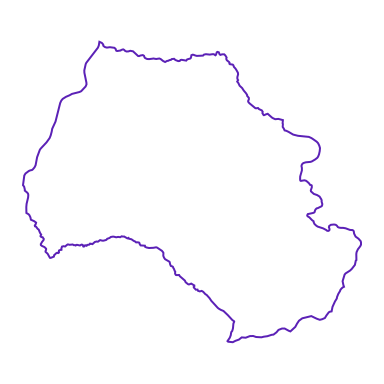 Rivera, Huila, Colombia
{"feature_id": "7082276B82824229693572", "entity_name": "Rivera", "entity_type": "district", "adm_level": 2, "iso_a3": "COL", "parent_name": "Colombia", "parent_adm1": "Huila", "projection": "orthographic", "projection_center": [-75.265, 2.78], "detail": "fine", "context": "isolated", "style": "outline", "palette": "violet", "viewbox_px": 384, "rotation_deg": 0, "n_neighbors": 0, "source": "geoboundaries", "source_scale": "gbopen_adm2", "svg_char_len": 5880}
<svg xmlns="http://www.w3.org/2000/svg" viewBox="0 0 384 384"><path d="M99.4,41.8L98.8,45.5L97.9,47.7L86.3,62.8L85.7,64.1L84.3,70.4L84.4,72.8L86.4,82.6L86.5,84.4L85.6,86.5L81.2,91.2L79.5,92.0L72.0,93.9L69.5,95.3L66.0,96.8L62.7,98.9L61.3,100.6L60.2,103.0L55.5,121.6L52.2,128.8L51.7,131.6L50.7,135.4L49.6,138.1L46.5,142.4L40.6,148.7L39.8,149.9L37.1,157.2L35.6,165.2L34.5,167.4L32.8,169.4L32.0,170.0L30.2,170.4L28.8,171.0L25.5,173.5L24.3,175.5L23.0,185.2L24.1,186.6L24.8,189.4L24.8,190.6L27.2,192.6L28.0,193.6L28.3,195.0L28.1,197.5L26.6,203.8L26.3,207.0L26.4,213.0L28.5,214.2L29.4,215.2L30.4,217.3L30.9,219.7L34.2,221.2L36.1,222.6L35.8,223.9L34.8,225.5L35.0,226.3L36.1,226.7L37.6,228.8L38.7,229.6L40.0,232.8L41.2,234.7L40.6,235.7L40.5,236.2L41.4,237.1L42.6,237.2L43.8,239.0L43.4,240.3L42.2,241.7L40.8,244.1L40.9,245.1L41.9,245.9L44.5,247.1L46.1,248.7L46.1,249.7L45.5,251.2L45.6,251.9L47.6,253.7L49.9,257.8L50.7,257.9L53.9,256.6L54.1,255.2L54.9,254.6L55.7,253.6L57.1,252.8L58.1,253.1L58.6,252.9L59.0,252.3L58.8,251.7L59.0,250.5L60.6,249.8L61.3,249.9L61.5,249.8L61.4,248.4L62.0,246.6L63.5,246.2L65.1,246.5L67.1,244.8L67.9,244.4L69.6,244.8L72.7,244.5L73.9,245.2L75.0,245.1L75.7,245.5L76.3,245.0L76.9,244.8L80.0,245.5L81.1,244.8L81.8,244.6L82.6,244.9L83.3,246.5L83.8,246.6L84.2,246.4L84.5,245.5L85.7,245.3L86.2,245.8L86.6,245.8L87.3,244.9L89.1,244.7L90.1,243.6L91.0,244.0L91.8,243.8L92.5,244.1L94.8,242.0L96.6,241.5L97.9,241.7L100.1,240.1L102.4,240.7L103.4,240.7L106.0,240.0L106.5,239.7L107.2,238.8L109.5,238.0L110.8,237.0L112.4,236.7L113.9,236.7L116.2,237.3L118.1,236.9L120.2,237.2L121.7,236.3L123.0,236.6L124.1,236.5L127.4,238.4L128.5,237.9L128.9,238.7L131.5,239.3L133.6,240.8L135.3,241.6L136.1,242.4L137.8,242.3L139.1,242.6L139.4,243.0L139.8,244.3L140.6,245.4L144.9,245.7L145.2,246.9L146.6,247.5L149.0,248.0L153.4,247.8L156.1,247.3L157.1,247.6L161.9,250.8L163.1,252.3L163.4,252.9L163.3,255.8L164.0,257.6L165.1,259.2L169.4,261.7L169.7,262.2L170.1,264.2L170.8,265.9L172.5,266.5L173.0,267.0L173.4,268.1L174.1,269.2L174.6,270.8L175.2,271.5L175.1,273.7L175.8,274.9L176.3,275.1L179.1,275.0L179.8,276.2L184.9,280.6L185.6,282.2L187.9,284.1L188.6,284.4L189.2,284.4L191.2,283.6L194.0,285.3L194.3,285.4L194.4,286.1L193.7,286.9L193.8,287.5L195.9,289.7L197.5,289.6L198.0,290.8L199.8,291.4L201.7,290.9L203.2,291.8L205.4,294.2L206.6,294.9L209.5,298.1L211.3,300.8L217.7,307.8L218.7,308.6L220.7,309.8L223.5,311.0L227.9,315.2L232.3,320.0L234.1,321.3L234.2,321.7L233.4,323.6L233.0,328.0L232.8,329.0L232.2,331.0L231.4,331.9L231.0,333.3L230.8,335.1L229.8,337.7L227.5,341.1L228.1,341.7L232.8,342.2L235.5,340.8L238.9,339.6L241.7,337.4L245.7,337.7L249.9,336.1L253.2,336.0L256.1,337.0L261.5,337.3L263.8,336.7L267.4,336.2L271.7,334.8L273.5,334.6L276.5,332.3L278.5,329.9L282.1,328.5L284.6,328.5L288.8,330.8L290.4,331.4L295.3,326.9L297.0,323.7L299.0,320.7L302.3,318.3L311.3,316.1L316.7,318.7L319.8,319.8L322.2,319.2L324.9,318.0L326.4,315.5L328.8,312.3L329.9,311.7L331.6,311.4L332.5,306.9L335.0,301.4L336.8,298.5L337.0,297.1L338.3,293.9L340.0,291.1L340.4,289.9L341.5,288.5L342.9,287.3L344.0,286.8L343.4,285.1L342.6,281.2L344.6,274.6L345.6,273.4L350.0,270.6L351.8,268.9L354.9,264.9L355.8,260.6L356.4,260.1L356.3,254.0L356.6,252.1L357.9,249.3L360.2,246.3L361.0,244.7L361.0,242.5L360.7,241.2L358.5,238.7L355.6,236.6L354.1,233.6L353.8,231.5L353.5,230.8L352.6,230.1L349.9,229.9L345.6,228.3L343.3,227.9L341.1,227.9L339.1,227.6L337.9,227.1L336.8,225.6L335.7,224.8L334.0,224.5L330.9,224.8L329.2,226.0L328.9,227.3L329.4,228.5L329.5,229.8L329.2,230.4L328.3,230.9L327.2,230.8L326.2,230.0L323.2,228.4L317.7,226.6L316.3,225.7L314.5,224.0L313.7,222.3L313.6,221.3L312.0,220.1L309.3,217.3L307.9,216.5L307.4,216.0L307.2,215.3L307.8,214.1L312.9,213.0L314.0,212.6L314.7,211.9L315.0,210.5L315.6,209.4L316.6,208.4L317.8,208.1L321.3,206.4L321.8,206.0L322.2,205.0L322.3,204.0L321.6,201.6L321.7,200.7L321.4,199.5L319.6,196.6L317.2,195.1L313.8,193.9L311.0,191.4L310.8,190.3L311.8,187.4L311.8,185.8L311.5,185.2L310.0,184.8L309.2,183.5L307.4,181.8L305.9,180.7L304.3,180.3L300.9,180.9L300.3,180.5L300.1,179.1L300.2,176.4L301.9,170.4L301.9,167.9L301.5,166.2L301.6,165.3L302.2,164.1L303.3,163.1L304.8,162.6L305.9,162.3L310.3,161.9L311.7,161.5L315.1,159.5L317.3,157.8L318.1,156.6L319.0,154.4L319.7,151.2L320.0,148.1L319.3,145.7L318.1,143.2L316.7,141.7L313.3,139.3L311.5,138.1L308.9,136.9L298.0,135.8L293.2,134.6L288.6,131.9L286.3,130.8L284.6,130.4L283.8,128.6L282.7,126.9L282.9,124.0L282.6,123.3L282.9,120.1L278.4,118.9L275.2,119.2L273.2,118.3L272.0,117.6L267.7,113.8L266.0,114.3L264.3,115.1L263.6,115.1L262.4,113.1L262.7,111.8L261.8,110.4L259.0,109.1L258.0,108.0L256.3,108.3L255.4,108.2L249.7,103.5L248.5,102.3L248.1,101.1L248.9,99.2L248.8,97.8L247.1,95.8L247.1,94.9L245.9,93.1L243.7,90.5L242.1,88.0L239.6,85.7L238.4,83.1L237.2,81.6L238.1,80.1L237.7,79.6L237.3,78.2L237.4,76.9L238.1,74.3L237.9,72.7L236.2,69.7L235.4,68.5L234.0,67.0L233.3,65.2L232.7,64.6L229.9,64.2L229.4,63.7L229.5,62.6L228.9,61.9L226.9,60.3L226.4,59.4L226.3,58.5L226.6,57.5L225.3,55.4L224.2,54.3L222.2,54.3L220.4,54.9L219.6,54.3L218.8,52.3L217.5,51.9L216.8,52.3L215.9,54.9L215.4,55.3L213.8,54.2L212.4,54.2L209.8,54.6L205.9,54.2L204.0,54.6L203.0,55.6L196.8,55.9L195.3,55.5L193.5,54.8L192.6,54.7L191.4,55.2L191.1,57.0L190.7,58.1L190.3,58.5L187.2,59.4L186.2,60.6L181.6,59.8L180.5,60.0L179.9,60.8L179.5,61.0L178.2,61.1L175.4,60.0L174.1,58.8L171.7,59.1L171.0,59.8L169.5,60.1L168.2,60.8L167.1,60.9L165.1,62.0L163.1,61.0L160.6,59.0L159.3,58.5L156.2,59.0L153.3,58.5L152.4,58.7L149.1,59.1L147.1,59.0L145.2,58.1L144.6,57.5L144.0,55.8L142.8,55.1L140.5,55.5L139.1,56.1L138.1,56.0L133.0,51.3L130.2,50.8L128.4,51.4L126.5,51.5L125.1,50.9L124.3,50.0L123.3,49.4L122.6,49.5L121.2,50.0L120.6,50.5L117.3,51.0L116.4,50.8L115.9,49.9L115.6,48.9L114.4,47.8L109.9,47.2L106.9,47.6L105.0,47.1L103.5,46.0L103.2,45.3L103.2,44.5L101.8,42.9L99.4,41.8Z" fill="none" stroke="#5b21b6" stroke-width="2"/></svg>